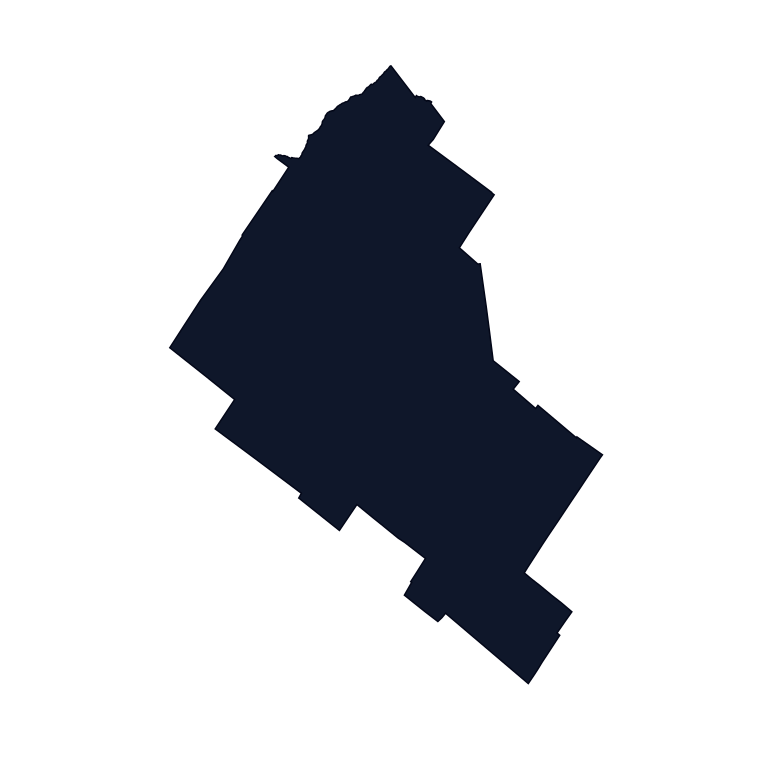 Cañuelas, Buenos Aires, Argentina (Equal Earth projection), rotated 353°
{"feature_id": "61730980B51566599298610", "entity_name": "Cañuelas", "entity_type": "district", "adm_level": 2, "iso_a3": "ARG", "parent_name": "Argentina", "parent_adm1": "Buenos Aires", "projection": "equal_earth", "projection_center": [-58.695, -35.156], "detail": "fine", "context": "isolated", "style": "filled", "palette": "ink", "viewbox_px": 768, "rotation_deg": 353, "n_neighbors": 0, "source": "geoboundaries", "source_scale": "gbopen_adm2", "svg_char_len": 5248}
<svg xmlns="http://www.w3.org/2000/svg" viewBox="0 0 768 768"><g transform="rotate(353 384 384)"><path d="M391.3,93.9L390.2,94.3L389.3,94.6L388.8,94.7L388.0,94.8L387.2,95.0L386.9,95.1L385.9,95.1L385.6,95.5L384.6,96.9L383.0,98.6L382.5,98.9L381.8,99.2L381.1,99.4L380.8,99.3L380.1,99.3L379.7,99.5L378.8,99.9L378.3,100.1L377.9,100.1L376.8,100.3L376.1,100.7L375.6,101.2L374.9,101.2L373.9,101.7L372.7,102.4L372.2,102.5L371.3,103.1L370.3,104.1L369.3,104.9L368.1,105.7L367.8,106.0L367.5,106.4L366.8,106.6L366.3,106.5L365.8,106.5L365.6,106.5L365.2,106.6L364.5,106.6L364.1,106.8L363.2,106.9L363.0,107.1L361.7,107.6L360.6,108.3L359.6,109.5L358.7,110.4L358.4,110.9L358.3,111.5L358.1,111.9L357.6,113.1L357.1,113.6L356.6,114.3L356.0,114.7L355.5,115.2L355.3,115.5L354.9,116.0L354.6,116.7L354.6,116.9L354.6,117.4L354.3,118.0L354.0,118.9L353.3,119.8L352.8,120.5L352.2,120.9L351.6,121.9L350.4,123.2L348.9,124.3L348.0,124.7L347.6,125.0L347.2,125.1L346.7,125.4L346.1,125.7L345.4,126.0L344.5,126.9L344.0,127.2L343.0,127.6L342.0,127.8L339.9,128.0L339.5,128.1L339.3,128.7L339.3,129.9L339.1,130.7L339.0,131.1L338.9,131.5L338.7,132.0L338.3,132.4L338.2,132.6L338.0,132.8L337.9,133.1L337.7,133.4L337.5,133.6L337.5,134.0L337.5,134.5L337.4,134.8L337.4,135.0L337.3,135.5L337.0,136.1L336.8,136.2L336.6,136.4L336.4,136.5L336.3,136.9L336.1,137.1L335.8,137.4L335.6,138.1L335.5,138.7L335.3,139.1L335.1,139.4L334.8,139.8L334.7,139.9L334.4,140.3L334.2,140.8L333.9,141.2L333.6,141.6L333.4,141.9L333.1,142.2L332.9,142.4L332.7,142.7L332.5,143.1L332.2,143.2L331.9,143.6L331.7,143.9L331.4,144.2L331.0,144.7L330.7,145.4L330.6,146.0L330.4,146.4L330.1,146.9L329.5,147.4L329.2,147.8L329.1,148.2L328.9,148.5L328.6,148.8L328.3,148.9L328.1,149.1L327.7,149.3L327.3,149.6L326.8,149.9L326.4,149.9L326.1,149.7L325.8,149.5L325.1,149.4L324.7,149.3L324.2,149.2L323.7,149.2L323.2,149.1L322.8,148.9L322.2,148.8L321.6,148.8L321.3,148.5L320.9,148.3L320.5,148.2L320.0,148.0L319.8,148.1L319.6,148.5L319.4,148.7L319.2,148.9L318.8,148.7L318.3,148.4L317.9,148.1L317.4,147.8L317.0,147.6L316.6,147.3L316.1,147.0L316.0,146.6L315.7,146.4L315.0,146.2L314.4,146.2L314.1,145.8L313.8,145.5L313.4,145.4L313.0,145.3L312.6,145.1L312.3,145.1L311.9,145.3L311.5,145.4L311.2,145.3L310.9,145.1L310.7,145.0L310.2,144.8L309.8,144.7L309.5,144.2L309.1,144.1L308.5,144.1L308.0,144.0L307.8,143.9L307.4,143.6L307.0,143.7L306.5,144.0L305.8,144.1L305.3,144.2L304.8,144.1L304.4,144.0L304.1,144.3L303.8,144.6L303.3,144.9L305.7,147.5L315.9,157.2L297.1,179.4L296.6,178.6L274.0,204.4L261.7,218.4L261.3,219.0L261.8,219.7L258.5,223.6L238.4,250.3L212.2,278.4L192.3,302.1L175.8,321.9L206.9,353.4L233.9,381.2L211.0,408.0L246.3,441.6L288.7,482.4L285.5,486.8L321.9,523.9L342.4,500.3L357.0,515.6L364.2,523.0L379.5,538.9L385.3,543.8L403.9,562.2L394.2,574.1L386.4,583.5L387.3,584.3L378.5,596.1L380.1,597.7L387.1,604.9L396.9,614.9L408.5,626.3L413.0,623.0L417.2,619.0L418.7,620.7L490.7,698.9L498.1,690.4L501.7,686.1L507.0,679.4L518.1,666.3L527.8,654.8L525.4,652.2L535.1,641.3L542.7,633.0L533.5,623.0L524.4,613.9L514.6,603.5L506.7,595.6L505.0,593.8L500.2,588.6L504.0,583.8L512.6,573.5L521.8,562.4L528.7,554.3L540.1,541.2L546.1,534.2L555.1,523.7L563.6,513.9L566.7,510.3L574.9,500.7L589.4,483.9L592.2,480.9L569.0,460.0L568.4,460.9L534.2,424.0L531.5,426.8L511.6,404.9L518.5,398.1L495.2,374.2L495.1,346.3L494.9,319.7L494.1,276.4L491.7,276.4L475.4,258.0L486.8,244.1L516.4,209.6L514.2,207.5L514.3,207.0L490.7,184.4L457.0,152.4L461.1,148.7L462.6,147.4L469.9,138.3L475.9,130.9L464.6,111.4L465.6,109.9L465.4,109.7L465.2,109.5L465.0,109.3L464.7,109.0L464.5,108.9L464.1,108.7L463.8,108.7L463.6,108.5L463.3,108.4L463.0,108.3L462.6,108.3L462.4,108.1L462.0,107.9L461.7,107.9L461.4,108.1L461.1,108.2L460.8,108.4L460.6,108.3L460.4,108.0L460.2,107.8L460.1,107.6L459.8,107.4L459.6,107.3L459.4,107.3L459.1,107.0L458.9,106.8L458.7,106.6L458.9,106.4L459.0,106.3L459.0,106.1L458.9,105.8L458.7,105.6L458.5,105.4L458.3,105.1L458.1,105.0L458.0,104.8L457.7,104.6L457.3,104.3L457.1,104.3L456.9,104.2L456.7,103.9L456.3,103.6L456.0,103.4L455.8,103.3L455.5,103.3L455.1,103.1L454.8,103.2L454.6,103.3L454.2,103.4L453.9,103.3L453.7,103.2L453.2,103.0L452.8,102.8L452.4,102.7L452.2,102.5L452.0,102.4L451.8,102.1L451.5,101.9L451.3,101.7L449.9,103.5L429.7,69.1L429.3,69.1L428.8,69.3L428.3,69.8L427.8,70.3L427.4,70.8L427.0,71.2L426.6,71.6L426.4,71.9L426.2,72.0L425.6,72.3L424.9,72.8L424.4,73.4L424.0,73.7L423.3,74.0L423.1,74.1L422.6,74.4L422.4,74.6L422.0,75.0L421.5,75.9L421.1,76.2L420.0,77.0L419.1,77.8L418.6,78.2L417.4,78.8L417.0,79.1L416.5,79.7L415.9,80.7L415.2,81.4L414.5,81.7L414.1,81.9L413.8,82.4L413.6,82.9L413.3,83.2L413.0,83.3L412.4,83.5L411.9,83.7L411.5,83.9L411.1,84.1L410.7,84.3L410.4,84.6L410.1,84.8L409.9,85.0L409.7,85.2L409.5,85.4L409.1,85.4L408.7,85.2L408.4,85.1L408.1,85.0L407.9,84.9L407.6,85.0L407.4,85.2L407.1,85.5L406.8,85.6L406.5,85.9L406.1,86.2L405.7,86.6L405.3,86.9L405.0,87.1L404.6,87.4L404.1,87.5L403.5,87.6L403.2,87.9L402.8,88.2L402.5,88.4L402.1,88.8L401.9,89.2L401.6,89.6L401.3,89.9L401.0,90.0L400.7,90.3L400.5,90.6L400.3,91.0L399.9,91.4L399.7,91.6L399.3,91.8L398.6,92.5L398.4,92.7L397.9,93.3L397.6,93.6L396.1,93.8L395.7,93.8L395.4,93.9L395.0,93.9L394.4,94.2L393.6,94.4L392.2,94.1L391.5,94.1L391.3,93.9Z" fill="#0f172a" stroke="#020617" stroke-width="1.5"/></g></svg>